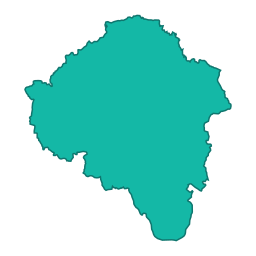 Concepción, Antioquia, Colombia (Robinson projection)
{"feature_id": "7082276B2459455127895", "entity_name": "Concepción", "entity_type": "district", "adm_level": 2, "iso_a3": "COL", "parent_name": "Colombia", "parent_adm1": "Antioquia", "projection": "robinson", "projection_center": [-75.212, 6.369], "detail": "fine", "context": "isolated", "style": "filled", "palette": "teal", "viewbox_px": 256, "rotation_deg": 0, "n_neighbors": 0, "source": "geoboundaries", "source_scale": "gbopen_adm2", "svg_char_len": 5707}
<svg xmlns="http://www.w3.org/2000/svg" viewBox="0 0 256 256"><path d="M104.5,189.1L106.0,190.3L107.9,189.6L111.8,189.2L112.5,186.3L113.6,187.5L114.8,187.8L115.3,188.3L115.6,187.9L116.6,187.9L117.2,188.5L118.6,189.0L120.5,188.3L121.0,187.9L121.8,188.2L122.2,187.6L123.1,187.4L123.4,187.1L124.5,188.6L126.1,188.6L127.1,188.0L128.7,188.5L128.9,188.8L128.8,190.2L129.5,192.1L131.4,194.6L132.1,197.2L133.6,200.9L133.9,204.0L134.7,205.5L136.1,207.5L137.4,208.3L138.7,209.7L140.3,213.7L141.5,214.9L142.4,214.9L142.7,213.8L143.9,213.2L145.8,213.6L146.3,214.8L146.3,216.2L146.7,217.2L149.6,220.3L151.3,224.6L151.7,229.2L152.8,231.6L153.7,234.6L154.9,236.5L157.6,238.5L162.3,240.1L171.7,239.8L174.4,240.1L176.2,240.6L181.8,237.6L183.9,236.1L184.9,234.6L185.4,233.0L185.7,229.5L189.5,224.2L189.8,220.1L190.9,216.9L191.2,214.4L192.0,213.1L192.3,211.9L192.2,205.1L191.1,203.2L190.1,202.1L188.3,201.3L187.7,200.7L188.1,199.9L191.4,197.1L191.3,195.5L191.9,193.3L192.8,191.7L192.4,191.5L192.4,190.9L192.2,190.8L190.9,192.0L189.6,192.1L186.7,189.6L186.4,189.1L186.8,188.4L187.6,187.7L188.4,185.7L188.5,185.3L188.1,184.8L190.0,183.8L191.3,184.0L195.2,187.3L197.7,188.8L199.8,190.4L201.2,191.0L201.7,190.5L202.0,188.9L204.1,187.2L205.7,185.3L205.5,184.5L205.1,184.2L203.6,184.1L202.6,182.3L202.6,181.9L203.4,181.3L205.1,181.5L206.6,179.2L208.2,179.9L206.9,175.2L206.6,172.4L205.9,171.3L205.8,168.0L203.7,166.1L203.7,165.7L204.5,164.2L204.7,161.9L206.1,159.9L206.1,157.8L206.9,156.7L208.2,155.5L208.4,153.3L210.6,150.5L210.5,148.9L209.6,147.5L209.8,147.1L211.3,146.1L211.3,145.4L211.0,144.5L210.6,144.2L208.1,144.1L207.0,143.7L206.1,141.9L206.1,140.8L206.4,140.4L207.8,140.5L208.2,140.1L209.0,136.5L208.2,134.3L207.8,132.0L204.9,131.1L204.3,130.5L204.3,127.7L203.9,126.2L204.3,123.9L204.9,123.0L208.4,121.2L209.3,117.4L211.0,114.7L212.4,114.1L213.2,113.4L218.3,113.8L219.2,113.3L221.0,111.4L222.4,111.3L225.4,110.5L227.9,109.1L229.7,109.1L230.5,108.4L231.0,106.0L230.8,104.3L228.8,102.9L228.6,101.0L227.9,100.1L227.4,98.6L225.1,97.5L224.9,94.4L224.3,93.1L224.8,91.6L224.2,91.0L222.7,90.2L221.8,89.1L220.3,85.8L217.6,81.2L217.5,79.2L219.2,75.1L219.2,72.4L220.6,70.3L215.8,68.1L213.8,67.7L212.9,66.9L211.8,66.9L210.9,66.1L209.7,66.1L208.8,64.9L207.5,64.0L205.7,61.5L204.2,60.5L202.6,60.6L200.8,60.3L200.2,59.8L199.6,59.9L199.1,60.4L198.9,62.5L198.2,63.1L197.3,62.8L196.5,61.9L195.1,61.7L194.8,61.2L194.5,59.3L193.7,58.8L192.1,59.2L190.5,60.8L190.0,61.9L189.0,60.9L187.8,61.0L187.0,60.8L186.1,59.7L186.3,58.1L186.1,57.5L185.4,57.5L185.5,56.4L184.8,56.2L184.0,56.8L184.1,55.3L183.8,55.1L183.3,55.4L182.6,54.5L182.4,50.6L182.8,49.4L181.3,50.1L181.0,48.9L179.9,47.1L179.2,46.6L179.2,45.3L178.4,43.2L178.7,41.1L179.5,40.4L179.6,40.0L178.7,39.6L178.9,38.7L175.5,36.9L175.6,35.5L176.2,34.7L175.9,33.8L174.8,34.5L174.7,33.3L172.6,32.1L172.2,33.4L171.6,33.9L171.7,34.8L170.8,34.6L169.9,35.1L169.5,34.8L169.3,33.6L169.0,33.2L167.9,33.3L167.1,33.0L166.9,31.6L165.8,32.2L165.3,32.2L164.7,31.7L164.1,30.0L162.5,30.1L162.1,29.2L163.1,25.8L161.7,26.0L160.6,25.6L160.3,26.3L160.0,26.3L159.3,23.8L159.5,21.1L159.1,20.4L158.6,20.1L154.7,20.0L153.0,20.5L151.7,20.0L148.3,19.9L145.2,19.0L144.1,19.2L143.4,18.0L142.6,17.5L142.3,17.5L142.1,18.3L141.6,18.3L140.7,17.4L140.5,16.6L140.0,16.2L139.8,15.6L137.0,15.4L134.9,16.2L133.8,16.0L133.3,16.4L132.7,17.5L132.0,17.9L131.3,17.8L129.9,17.1L128.0,17.3L126.9,18.7L123.4,20.4L121.8,20.2L119.6,20.8L118.2,20.6L114.2,21.6L111.3,22.9L109.6,22.5L107.9,21.7L106.0,22.0L105.7,22.3L105.5,23.6L105.0,24.8L105.4,26.4L106.6,25.4L107.0,26.6L105.9,27.9L105.6,29.1L105.7,30.0L106.7,31.7L106.6,32.8L105.2,34.0L104.1,35.6L103.4,37.2L100.0,37.9L99.3,39.3L97.4,41.4L96.9,41.6L94.3,41.5L92.2,43.1L91.8,43.2L90.5,42.6L89.1,41.1L87.2,43.2L86.6,45.3L85.9,46.1L84.3,47.0L82.2,49.1L80.8,50.0L78.4,49.7L78.0,49.9L78.1,52.8L77.3,54.5L76.3,54.8L75.1,54.8L74.3,55.2L73.8,54.9L72.7,52.6L71.6,52.6L71.1,52.9L70.1,54.3L68.3,55.5L66.9,55.2L66.0,55.5L65.5,56.3L65.5,57.3L66.2,59.8L66.2,60.8L65.9,62.0L66.1,63.1L63.6,63.6L62.7,64.7L62.2,66.4L61.0,67.3L60.2,67.7L59.1,67.4L58.0,68.6L58.0,69.2L56.4,70.9L55.2,71.3L54.9,72.5L54.3,72.9L53.6,73.0L53.4,73.3L53.7,73.7L53.0,74.9L51.6,75.6L50.8,76.6L50.7,78.3L50.1,79.7L50.2,81.4L50.5,82.7L51.8,83.7L52.2,86.0L51.2,86.4L49.0,84.0L47.8,84.6L46.9,84.6L46.1,83.0L44.6,82.7L44.2,83.0L42.2,83.0L41.8,81.4L40.8,80.8L38.6,80.6L35.6,80.7L34.2,80.9L33.4,81.4L33.4,82.9L33.8,83.9L33.0,84.3L31.8,85.9L30.0,86.1L28.8,86.8L26.7,87.2L25.8,87.8L25.0,89.3L25.3,90.5L26.6,93.2L28.0,94.9L28.4,96.3L29.4,96.7L30.1,98.2L31.6,99.5L33.5,99.3L33.9,99.6L32.6,103.5L32.2,107.5L32.4,109.5L31.6,113.9L31.5,115.6L31.2,116.2L30.1,116.9L29.6,117.9L30.4,119.0L30.3,119.6L29.7,121.3L30.2,122.0L30.1,124.1L34.3,125.4L34.8,125.9L34.9,127.2L34.2,131.0L34.3,133.0L36.2,133.0L37.2,133.4L37.2,137.8L38.5,138.4L38.8,140.5L39.8,141.2L40.2,142.3L41.8,144.7L42.0,145.9L42.8,146.9L42.9,149.1L43.2,149.6L43.8,149.7L44.1,149.3L44.9,147.6L47.7,147.3L48.4,148.1L48.9,149.6L50.1,150.1L52.5,152.1L53.9,152.5L54.0,153.4L53.4,154.9L53.6,155.4L55.2,155.5L56.4,154.8L57.0,154.8L59.2,158.1L60.2,158.8L61.5,158.9L63.0,158.4L64.8,158.4L66.2,159.3L66.9,160.9L68.0,160.7L68.6,161.1L70.9,161.2L71.3,159.9L73.2,157.4L72.9,154.4L73.2,153.7L74.3,153.5L75.9,154.5L76.8,154.5L77.1,153.9L76.9,152.8L77.2,152.3L79.0,152.3L83.2,151.4L86.1,151.9L86.8,152.7L87.1,154.1L84.4,155.7L83.5,157.2L83.7,158.1L84.6,159.2L85.5,161.3L85.3,162.5L85.7,163.5L85.1,164.7L84.8,166.6L84.8,168.4L84.1,169.8L84.2,171.4L83.2,172.8L83.3,173.2L84.8,173.9L86.3,176.0L87.6,176.5L88.2,176.5L90.0,175.7L91.7,175.8L92.8,176.2L94.5,177.5L96.5,177.8L98.3,177.7L100.4,176.7L100.7,179.4L102.1,183.1L102.1,185.2L103.7,187.4L104.5,189.1Z" fill="#14b8a6" stroke="#0f766e" stroke-width="1.5"/></svg>